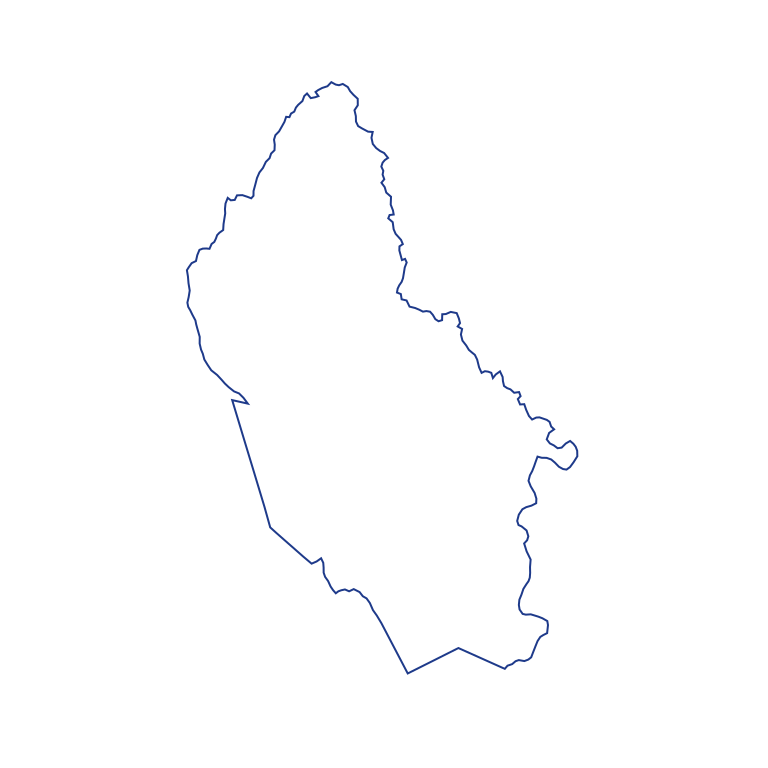 outline of Contendas do Sincorá, Bahia, Brazil, rotated 346°
{"feature_id": "56859067B17459765525716", "entity_name": "Contendas do Sincorá", "entity_type": "district", "adm_level": 2, "iso_a3": "BRA", "parent_name": "Brazil", "parent_adm1": "Bahia", "projection": "equal_earth", "projection_center": [-41.061, -13.829], "detail": "fine", "context": "isolated", "style": "outline", "palette": "blue", "viewbox_px": 768, "rotation_deg": 346, "n_neighbors": 0, "source": "geoboundaries", "source_scale": "gbopen_adm2", "svg_char_len": 3829}
<svg xmlns="http://www.w3.org/2000/svg" viewBox="0 0 768 768"><g transform="rotate(346 384 384)"><path d="M237.4,209.2L234.0,213.8L231.3,219.2L226.6,220.2L222.9,223.4L220.3,225.9L219.8,232.1L218.7,238.9L218.1,246.3L215.5,252.4L212.9,257.5L212.7,261.8L213.8,265.5L214.8,270.3L216.4,276.7L216.2,280.7L216.3,285.2L216.6,293.7L214.9,300.2L214.8,306.3L215.5,310.8L215.6,316.8L217.5,322.8L219.7,328.9L224.3,334.9L227.5,340.7L229.7,345.0L232.5,349.4L236.7,354.9L241.1,358.1L244.3,363.4L247.1,370.1L232.8,362.9L235.0,407.8L236.3,433.5L238.3,474.3L238.9,495.6L243.6,502.6L263.8,531.8L270.3,540.8L275.7,539.9L280.8,537.9L281.8,542.8L281.0,547.5L279.8,552.5L280.2,556.9L282.1,561.7L283.2,567.6L284.7,571.7L286.6,575.4L289.6,574.1L292.7,573.8L296.4,573.9L300.0,576.7L305.0,575.7L310.0,580.0L312.1,584.8L315.2,587.8L317.3,593.1L318.6,600.8L321.0,606.9L323.6,615.4L337.0,670.6L367.0,663.9L392.3,658.2L432.3,689.6L435.7,687.2L440.6,686.8L444.6,684.8L448.0,684.5L453.2,686.8L457.4,686.3L460.7,684.8L463.2,681.2L467.6,675.0L470.8,670.6L474.5,667.2L477.9,666.1L482.0,665.2L484.8,657.6L485.1,653.5L481.0,649.6L477.5,647.1L474.7,645.4L470.7,643.0L465.8,642.1L462.9,640.6L461.0,635.6L461.4,631.0L463.2,626.0L466.3,621.8L469.7,616.5L473.7,612.7L476.5,610.3L478.6,607.2L480.1,602.7L481.4,597.0L483.8,589.8L481.9,580.9L481.4,572.6L485.1,570.2L487.2,566.7L486.9,560.6L483.0,555.4L480.4,553.4L480.1,549.1L483.2,543.4L488.0,539.0L492.2,537.9L497.6,537.7L502.8,536.5L504.1,532.2L503.8,526.2L501.6,518.8L500.8,512.9L503.5,507.9L506.7,504.4L509.7,500.2L512.5,495.9L515.4,491.6L519.1,493.7L523.9,495.0L528.0,497.7L530.8,501.6L533.7,506.6L537.1,509.8L540.4,511.2L544.4,509.6L549.1,505.7L554.1,500.9L555.3,495.5L554.8,491.3L553.3,487.8L550.8,484.3L546.0,485.7L541.0,488.7L536.9,488.3L533.9,484.6L530.6,481.8L528.5,477.1L532.4,471.4L538.1,469.1L535.9,465.7L535.5,460.8L533.3,458.2L530.2,456.2L526.8,454.0L523.6,453.4L519.1,454.3L516.9,450.1L515.7,443.4L515.2,437.5L511.1,436.8L510.2,431.0L513.6,428.8L513.1,424.5L508.2,424.0L505.4,419.8L502.5,417.8L500.0,415.0L500.1,410.0L500.8,405.9L499.6,399.8L494.7,401.8L491.1,404.6L490.8,399.1L488.0,397.2L485.0,396.0L481.4,396.8L480.3,390.8L480.3,382.8L479.2,377.7L476.8,374.5L474.6,371.4L473.1,366.5L470.6,360.9L470.6,354.6L473.1,349.5L469.4,346.0L472.5,343.3L472.5,338.5L471.7,332.8L466.2,330.2L460.9,331.1L457.4,330.4L455.8,336.1L452.1,336.3L449.5,333.5L448.1,328.7L446.2,325.0L442.8,323.5L439.3,323.2L436.1,320.4L432.6,317.8L427.5,315.1L426.1,308.4L421.6,306.1L422.1,300.8L418.7,298.4L420.3,294.8L422.7,291.9L425.8,289.2L428.0,286.0L430.1,281.2L432.3,276.0L435.4,271.6L434.7,267.7L431.4,268.1L431.3,263.3L431.2,258.1L432.3,254.2L436.1,252.8L435.4,248.3L431.6,241.1L430.8,236.2L431.6,229.1L428.2,224.3L430.3,221.4L434.4,221.9L434.7,217.7L433.9,211.6L436.1,204.0L432.5,198.8L432.3,193.2L430.2,188.1L433.8,185.4L433.3,180.5L434.9,177.0L434.0,172.4L436.2,168.9L439.0,166.9L442.6,165.6L440.0,159.9L436.6,157.0L433.5,153.2L431.2,148.4L431.4,142.1L434.0,136.7L429.6,135.3L424.5,130.7L421.3,127.5L420.3,122.6L421.5,117.2L421.6,111.2L426.0,107.2L427.5,100.9L424.3,96.0L422.0,91.7L420.7,87.1L416.6,82.9L412.6,83.2L409.6,81.8L405.9,78.4L401.2,81.4L395.6,81.8L391.2,82.9L388.2,84.1L390.0,88.8L386.7,89.1L382.1,88.9L379.6,83.5L376.3,85.3L373.3,89.7L368.2,92.4L365.4,94.5L362.8,98.0L359.2,99.1L356.8,102.2L353.7,101.1L350.8,105.6L347.4,109.2L343.3,113.5L338.8,116.3L336.4,120.3L335.9,125.3L334.3,130.7L330.2,133.1L327.6,137.2L323.1,139.9L318.8,145.1L314.3,148.6L310.6,153.4L307.4,159.3L304.1,165.2L302.9,169.8L300.1,171.7L296.7,169.3L292.3,166.5L287.0,165.4L283.7,169.3L279.8,168.7L277.4,165.6L273.9,170.5L272.0,175.8L271.2,180.1L269.4,184.3L267.0,190.0L265.2,195.7L260.9,197.4L258.1,199.2L256.1,202.2L253.7,205.1L250.6,206.4L247.4,210.6L244.3,209.5L240.9,208.8L237.4,209.2Z" fill="none" stroke="#1e3a8a" stroke-width="2"/></g></svg>